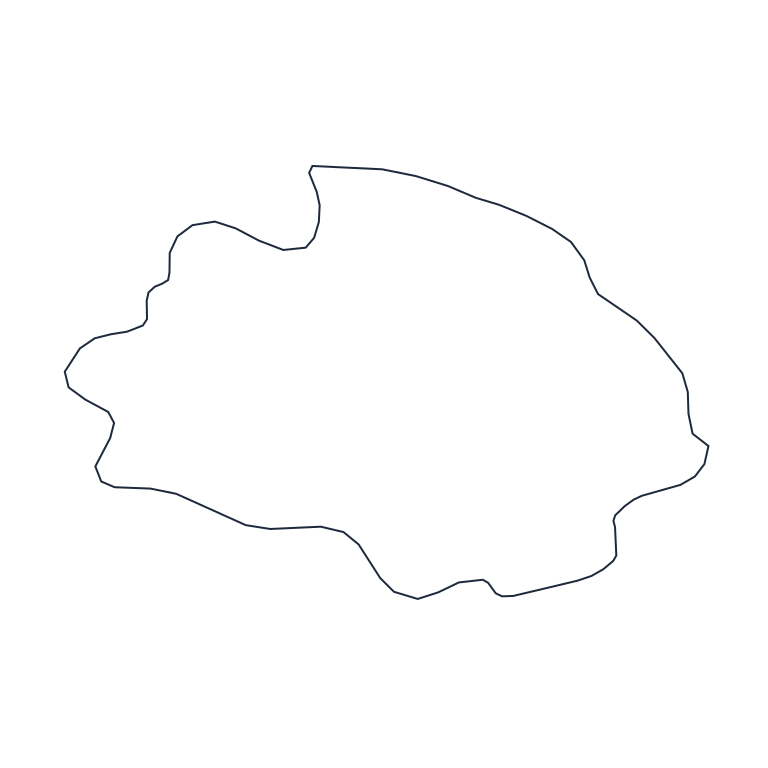 outline of Abra, rotated 84°
{"feature_id": "PHL-2542", "entity_name": "Abra", "entity_type": "Province", "adm_level": 1, "iso_a3": "PHL", "parent_name": "Philippines", "parent_adm1": "", "projection": "robinson", "projection_center": [120.806, 17.561], "detail": "fine", "context": "isolated", "style": "outline", "palette": "slate", "viewbox_px": 768, "rotation_deg": 84, "n_neighbors": 0, "source": "natural_earth", "source_scale": "10m", "svg_char_len": 1176}
<svg xmlns="http://www.w3.org/2000/svg" viewBox="0 0 768 768"><g transform="rotate(84 384 384)"><path d="M445.5,84.3L465.7,82.3L479.6,67.8L497.1,73.7L508.5,84.5L515.3,99.7L522.1,139.2L525.1,147.8L530.5,157.2L538.8,167.8L544.0,170.1L550.7,169.2L578.9,170.9L583.9,174.5L591.2,185.4L596.6,197.8L599.8,212.0L608.3,277.6L607.5,288.8L603.8,294.8L592.5,301.3L589.0,306.2L589.2,330.4L596.9,351.9L601.3,372.9L591.7,395.8L576.7,408.0L540.9,426.0L527.0,439.8L519.3,461.8L516.3,512.3L509.9,536.3L471.5,602.1L463.6,627.2L458.5,662.7L451.4,675.4L435.8,679.7L409.2,662.0L394.5,656.5L383.0,661.2L368.2,682.8L354.4,698.0L338.4,700.2L316.8,682.7L308.3,666.9L306.0,650.6L305.1,634.1L300.6,617.7L294.7,612.9L276.4,611.3L268.3,608.6L263.3,601.8L261.0,594.0L258.0,587.8L250.7,585.7L231.2,583.4L215.6,574.0L206.0,557.9L204.8,535.3L213.6,515.4L228.4,493.3L240.2,470.1L240.2,447.6L231.3,438.2L216.2,431.9L199.5,429.3L185.9,430.8L166.2,436.4L159.7,432.4L170.3,363.3L180.5,330.7L193.9,299.5L208.5,273.1L217.8,250.9L231.6,225.0L247.3,200.7L262.3,183.2L281.9,171.9L299.7,168.3L317.0,161.7L347.4,125.9L366.6,110.2L404.5,86.2L423.7,82.7L445.5,84.3Z" fill="none" stroke="#1e293b" stroke-width="2"/></g></svg>